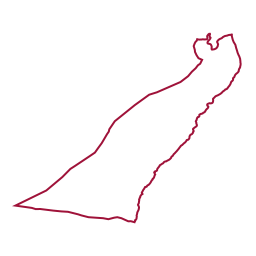 East Ambae, Penama, Vanuatu (Mercator projection)
{"feature_id": "77236927B82748520253825", "entity_name": "East Ambae", "entity_type": "district", "adm_level": 2, "iso_a3": "VUT", "parent_name": "Vanuatu", "parent_adm1": "Penama", "projection": "mercator", "projection_center": [167.967, -15.324], "detail": "fine", "context": "isolated", "style": "outline", "palette": "rose", "viewbox_px": 256, "rotation_deg": 0, "n_neighbors": 0, "source": "geoboundaries", "source_scale": "gbopen_adm2", "svg_char_len": 5789}
<svg xmlns="http://www.w3.org/2000/svg" viewBox="0 0 256 256"><path d="M134.5,222.2L134.6,221.8L134.9,221.5L135.1,221.2L135.1,220.8L135.0,220.3L135.4,220.0L135.7,219.9L136.0,219.6L136.4,218.9L136.6,218.0L136.6,217.5L136.8,216.4L136.7,215.9L136.6,215.6L136.8,214.9L137.2,213.4L137.2,212.9L137.7,211.5L138.2,210.7L138.6,209.7L138.8,209.0L138.8,208.6L139.0,208.0L139.0,207.4L138.9,206.9L138.7,206.2L138.1,205.2L138.0,204.8L138.2,204.3L138.4,204.0L138.6,203.4L138.9,202.9L138.9,202.5L138.9,202.2L139.0,201.7L139.0,201.4L139.2,200.8L139.2,200.4L139.1,200.1L139.1,199.5L139.5,198.8L139.5,198.4L139.7,198.0L139.9,197.7L140.2,197.2L140.2,196.9L140.2,196.6L140.3,196.2L140.6,195.9L140.9,195.4L141.4,194.7L142.5,194.0L142.4,193.7L142.2,193.4L141.9,193.1L141.8,192.9L141.8,192.6L142.0,192.2L142.3,191.8L142.5,191.5L142.7,191.0L143.4,189.7L144.2,188.7L144.6,187.9L145.1,187.0L145.4,186.9L145.7,187.0L146.1,186.9L146.7,186.6L147.0,186.1L147.1,185.8L147.5,185.4L147.8,185.2L148.3,185.1L148.7,184.8L149.8,183.6L150.4,182.8L150.9,182.0L151.1,181.4L151.5,180.9L151.8,180.3L152.1,180.0L152.4,179.8L152.7,179.3L152.6,179.0L152.8,178.7L153.5,178.2L153.8,177.8L154.1,177.2L154.6,175.5L154.8,175.2L155.2,174.4L154.7,173.8L154.5,173.1L154.9,172.5L154.8,172.3L154.4,172.1L154.8,171.5L156.0,171.1L156.8,170.7L157.1,170.2L157.2,169.2L157.7,168.3L158.2,167.8L158.4,167.4L159.0,166.8L159.5,166.1L159.5,165.8L159.8,165.3L160.2,165.0L160.8,164.7L162.4,163.6L163.1,163.3L163.5,162.8L163.8,162.3L164.4,161.8L165.4,161.4L166.1,161.4L167.7,160.4L168.3,160.2L169.3,159.6L169.9,159.1L170.9,158.1L171.1,157.8L171.4,156.9L171.7,156.5L172.6,156.0L173.0,155.4L173.7,154.2L174.3,153.7L175.1,152.9L175.6,152.3L176.5,151.4L178.5,149.0L179.0,148.4L179.5,147.6L180.3,146.7L180.6,146.2L180.9,145.8L181.3,145.5L182.2,145.0L183.1,144.1L183.6,143.6L184.0,143.2L184.9,142.6L185.8,141.6L186.1,141.2L186.5,140.6L186.6,140.3L186.7,140.1L187.2,139.9L187.8,139.8L188.2,139.7L188.8,139.1L189.1,138.7L189.4,138.1L189.4,137.9L189.5,137.2L189.5,136.6L189.6,136.2L189.9,135.7L190.2,135.2L190.5,134.8L190.6,134.7L191.6,134.3L191.9,134.1L192.6,133.3L192.8,133.1L192.9,132.7L192.9,132.4L193.0,132.0L193.5,131.6L193.6,131.3L193.6,130.8L193.3,130.0L193.1,129.8L193.0,129.1L193.2,128.7L194.7,127.5L195.9,126.7L196.3,126.4L196.6,126.1L196.9,125.4L196.9,125.2L196.8,124.7L196.7,124.3L196.4,123.8L196.3,123.4L196.3,122.5L196.2,122.3L196.1,122.1L195.8,121.3L196.1,120.7L196.6,120.0L196.7,119.2L196.8,118.9L197.0,118.6L197.1,118.1L197.2,117.8L197.6,117.3L198.0,117.0L198.4,117.1L199.0,116.7L199.3,116.3L199.4,115.8L199.3,115.5L199.4,114.7L199.7,114.5L200.8,113.9L201.7,113.8L202.3,113.5L202.7,113.4L203.3,112.7L204.1,112.4L204.6,112.2L204.8,111.8L205.4,111.1L205.5,110.6L205.8,110.2L206.5,109.3L206.9,108.9L207.4,108.6L208.1,107.6L208.3,107.0L208.3,106.5L208.1,106.3L208.0,106.2L207.7,106.0L207.5,105.8L207.4,105.5L207.2,105.2L207.2,104.6L207.3,104.3L207.8,103.9L208.2,103.7L209.0,103.4L209.6,103.2L210.6,103.4L211.7,103.2L212.3,102.9L212.7,102.5L213.0,101.7L213.1,101.0L213.2,100.0L213.0,99.2L213.1,98.7L213.5,98.3L214.3,97.6L215.4,96.4L216.3,95.9L217.9,95.3L218.3,95.0L219.3,94.5L220.3,93.9L220.6,93.7L221.8,92.7L222.5,91.9L222.9,91.5L223.7,90.9L224.1,90.7L224.8,90.1L225.1,89.7L225.4,89.4L226.6,89.1L227.2,88.6L227.7,87.8L228.1,87.5L228.3,87.0L228.8,86.4L229.3,85.9L230.0,84.8L230.3,84.3L230.6,83.7L230.7,83.2L231.2,82.1L231.2,81.9L231.5,81.5L232.3,80.9L232.6,80.6L232.9,80.2L233.1,79.3L233.1,78.9L233.0,78.4L233.2,78.0L233.4,77.8L233.6,77.6L233.9,77.5L234.2,77.2L234.4,76.9L234.6,76.2L234.8,75.8L235.0,75.3L235.2,74.9L235.6,74.4L236.3,73.7L236.7,73.4L237.5,72.8L237.8,72.4L238.2,72.0L238.5,71.6L238.7,71.2L238.7,70.4L238.9,70.0L238.9,69.6L239.2,68.8L239.3,68.6L239.6,68.4L239.7,68.0L240.0,67.4L240.2,67.0L240.2,66.7L240.2,66.4L240.3,66.0L240.5,65.3L240.6,64.7L240.6,63.8L240.6,63.2L240.4,62.4L240.4,61.6L240.4,61.0L240.2,60.0L240.2,59.3L240.1,58.8L239.8,57.9L239.5,57.1L239.3,56.4L238.7,55.3L238.3,54.4L237.8,53.2L237.6,52.7L237.1,50.9L236.5,49.0L236.1,47.8L235.9,46.8L235.7,46.3L235.6,45.6L235.4,44.9L235.0,44.2L234.7,43.7L234.4,43.2L233.8,42.3L232.8,39.9L232.5,38.8L231.8,36.0L231.7,35.7L231.9,35.0L231.9,34.8L231.8,34.5L231.6,34.5L231.2,34.6L230.6,34.9L230.2,34.9L229.8,34.9L229.4,34.9L228.4,35.1L227.2,35.6L226.5,35.7L224.7,36.1L222.9,37.1L221.7,38.2L220.2,38.8L219.8,39.0L219.5,39.2L219.1,39.4L218.6,39.8L217.5,41.0L217.1,41.9L218.1,44.2L217.9,45.0L217.7,46.2L217.4,46.8L216.9,47.5L216.4,48.2L215.2,48.9L214.1,49.3L212.0,49.6L211.7,49.3L211.6,48.6L211.6,48.2L211.7,47.1L211.7,46.8L211.6,46.2L211.0,44.8L210.8,44.5L210.2,44.1L209.6,43.9L209.0,43.8L208.5,43.7L208.1,43.6L207.7,43.4L207.5,43.0L207.5,42.4L207.8,41.7L208.0,41.3L208.3,40.9L208.7,40.5L209.3,39.8L209.5,39.7L210.3,38.5L210.4,38.2L210.5,37.6L210.1,37.3L209.9,37.0L209.8,36.7L209.7,36.3L209.5,35.8L209.5,35.5L209.9,34.6L210.0,34.2L209.9,33.8L209.2,33.8L208.8,34.1L208.6,34.2L208.3,34.5L207.4,35.7L207.2,36.1L207.2,36.6L207.2,36.9L207.4,37.2L207.5,37.6L207.4,37.8L207.4,38.1L207.4,38.4L207.2,38.8L207.1,39.0L206.9,39.2L206.7,39.3L205.9,39.4L204.8,39.4L204.3,39.5L203.7,39.4L202.7,39.3L201.6,39.5L200.8,39.5L199.5,39.6L198.4,39.5L197.9,39.4L197.2,39.2L196.8,40.6L195.5,41.9L194.7,43.4L193.7,46.1L194.8,49.8L195.0,51.9L196.6,55.3L198.5,58.2L202.1,59.8L200.2,63.7L197.9,65.3L195.7,68.2L191.9,71.7L188.1,76.2L180.5,82.0L156.9,92.3L149.2,94.7L134.8,105.1L125.5,112.6L114.8,121.2L109.3,129.3L108.8,131.6L107.0,134.2L104.6,138.3L101.7,143.2L98.1,148.1L94.9,152.6L89.6,156.2L81.5,161.6L74.9,166.0L70.4,168.9L62.3,177.1L46.3,190.5L37.7,194.7L15.4,205.6L31.8,207.9L35.7,209.1L40.2,209.0L53.2,210.6L61.3,211.4L68.0,211.8L78.0,214.3L81.4,215.4L88.5,217.2L103.1,218.2L108.4,219.2L114.1,217.7L117.3,217.2L121.4,218.2L128.3,221.3L130.8,221.2L134.5,222.2Z" fill="none" stroke="#9f1239" stroke-width="2"/></svg>